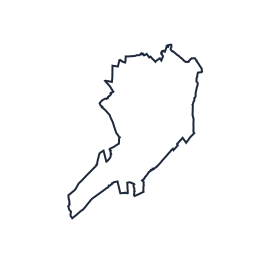 the district of Miroslava, Iasi, Romania, rotated 240°
{"feature_id": "2599482B99405455155139", "entity_name": "Miroslava", "entity_type": "district", "adm_level": 2, "iso_a3": "ROU", "parent_name": "Romania", "parent_adm1": "Iasi", "projection": "natural_earth1", "projection_center": [27.489, 47.15], "detail": "fine", "context": "isolated", "style": "outline", "palette": "slate", "viewbox_px": 256, "rotation_deg": 240, "n_neighbors": 0, "source": "geoboundaries", "source_scale": "gbopen_adm2", "svg_char_len": 5664}
<svg xmlns="http://www.w3.org/2000/svg" viewBox="0 0 256 256"><g transform="rotate(240 128 128)"><path d="M89.1,177.8L90.4,182.8L92.1,182.8L96.2,185.3L98.0,186.2L103.0,189.3L107.3,190.5L107.7,190.9L115.0,195.3L115.5,195.6L115.9,195.6L115.9,195.8L116.1,195.9L116.5,196.5L117.8,197.7L118.0,197.8L118.4,198.7L118.9,199.3L119.3,199.7L120.1,200.0L120.7,200.3L120.9,200.6L120.9,201.3L121.0,201.5L121.8,202.5L122.1,202.7L123.7,203.5L125.3,204.8L127.0,206.4L127.6,206.8L128.2,207.5L128.7,207.8L129.1,208.2L129.5,208.7L129.8,209.3L130.2,209.6L131.7,210.6L132.3,210.9L133.9,210.6L134.1,210.6L134.6,210.8L135.7,211.7L136.6,212.0L137.0,212.4L137.3,213.0L137.5,213.3L138.7,214.1L139.3,214.7L141.0,216.2L141.0,216.3L140.9,216.6L140.0,218.7L139.6,219.3L139.7,219.9L139.7,220.1L139.8,220.4L139.9,220.5L140.7,220.6L141.9,221.1L142.8,221.6L143.0,221.5L144.1,221.4L145.4,221.3L146.3,221.2L148.3,221.2L151.1,220.9L151.4,221.0L151.4,220.9L152.3,220.9L152.7,220.8L153.3,220.9L154.4,220.9L155.0,220.7L155.6,219.8L155.8,218.9L156.5,218.1L156.4,217.8L156.3,217.4L156.5,216.8L155.8,215.4L155.8,214.9L155.5,214.0L155.0,213.7L155.3,212.6L155.9,212.1L156.3,211.4L156.3,211.0L158.3,210.1L158.8,209.9L159.1,210.0L160.2,209.7L162.2,209.0L162.4,208.8L163.8,208.4L164.1,208.2L165.1,208.1L166.0,207.5L166.6,207.2L171.1,205.6L172.2,205.1L172.2,204.8L172.2,204.7L172.7,204.6L173.7,204.3L174.6,204.2L175.7,205.0L175.9,205.3L176.1,205.7L176.4,206.0L177.2,206.6L178.3,207.1L178.7,207.0L179.8,203.7L179.4,203.5L179.0,203.3L178.7,203.3L178.3,203.5L178.1,203.2L178.5,202.8L179.0,202.6L178.9,202.5L179.3,202.2L178.8,201.9L175.7,198.1L176.8,197.7L177.0,197.5L176.6,196.8L176.6,196.7L176.8,196.4L177.5,196.3L177.6,196.1L176.5,194.2L175.7,194.5L175.4,193.9L174.5,194.1L172.7,194.3L169.8,190.6L171.8,190.5L172.2,190.5L172.4,190.4L172.5,190.3L172.0,185.7L171.6,184.8L174.3,184.2L176.0,183.7L177.3,183.5L177.9,183.3L178.2,183.3L178.6,183.2L178.5,181.7L179.9,181.5L180.8,181.5L182.7,181.2L182.8,181.2L182.7,180.6L182.8,178.6L183.1,178.6L183.1,178.2L184.8,178.1L184.7,177.0L185.9,177.0L185.8,176.2L185.4,174.6L185.4,174.2L186.7,171.9L186.8,170.6L187.0,169.9L189.7,164.3L191.1,161.8L190.3,161.4L190.1,161.1L189.0,160.4L188.5,160.2L186.3,158.5L186.1,158.3L187.1,157.3L189.0,155.9L189.2,156.1L190.6,155.3L190.9,155.2L191.1,154.5L187.9,151.5L186.3,150.0L187.1,149.0L189.7,145.7L180.4,140.2L178.6,139.0L176.0,137.1L180.0,132.4L180.1,132.2L180.3,131.8L180.3,131.7L173.0,133.2L167.7,133.3L166.8,133.5L166.7,133.3L166.8,131.4L166.8,131.2L167.0,131.0L166.9,130.4L166.7,130.5L165.9,130.4L165.5,129.7L165.0,127.9L165.1,127.4L164.9,126.3L164.8,126.2L164.6,126.0L164.4,125.8L164.1,125.8L164.0,125.5L163.9,124.4L164.1,124.4L164.2,124.1L164.3,123.9L164.5,123.8L164.5,123.5L164.8,122.8L164.9,120.6L164.8,119.3L164.5,118.1L164.0,116.8L163.8,116.4L163.6,115.8L162.0,115.6L161.2,115.6L159.3,116.4L159.0,115.7L156.9,116.6L156.4,116.7L155.2,117.2L154.2,117.4L150.8,118.1L149.3,118.5L148.5,118.6L145.6,118.1L140.3,117.7L137.6,117.0L131.7,115.8L130.7,115.5L128.8,115.4L127.5,115.7L127.0,115.6L126.5,115.8L124.6,115.7L124.3,115.8L124.0,116.1L123.8,115.6L123.1,114.9L119.0,112.3L119.0,111.0L118.9,107.9L118.7,106.8L118.8,105.7L118.9,103.9L119.0,102.1L118.9,101.4L117.7,101.4L117.3,101.5L117.1,101.6L117.1,101.4L116.9,101.3L116.9,101.1L114.0,100.4L114.2,100.0L112.9,99.3L111.9,98.6L111.7,98.3L110.5,96.1L109.8,93.5L109.8,92.9L109.6,92.7L109.7,92.4L120.6,95.5L120.5,92.1L120.2,90.6L120.1,90.4L115.2,85.7L113.7,84.3L112.3,83.3L112.2,82.7L111.9,82.8L111.7,82.4L111.2,81.5L107.8,69.0L105.5,61.3L104.7,57.9L104.4,57.2L103.9,56.3L101.8,52.8L101.5,52.3L100.9,51.0L99.8,44.6L99.6,42.8L98.5,42.2L95.7,41.0L95.0,41.0L92.6,40.0L92.2,39.8L91.9,39.2L91.1,39.2L90.5,38.5L90.4,38.3L90.4,37.8L90.1,37.0L89.6,37.0L86.7,36.3L86.1,36.3L84.1,36.8L84.0,36.7L83.5,36.4L82.4,35.4L81.6,34.9L80.7,34.4L80.1,34.4L77.7,34.6L78.5,39.7L79.5,44.6L79.7,45.8L79.7,46.3L79.8,46.8L79.7,47.8L81.0,51.7L82.4,55.1L82.9,56.5L84.1,59.5L84.7,61.4L84.9,63.0L85.5,69.3L86.2,76.1L86.3,77.1L86.6,78.8L86.6,81.4L86.7,81.6L87.0,81.8L87.8,82.5L87.2,83.3L87.2,84.0L87.4,84.5L87.5,84.7L87.4,85.1L87.6,86.5L88.1,86.6L88.0,88.1L88.1,89.0L87.2,91.2L86.9,92.2L75.3,88.7L73.9,91.9L73.6,92.0L73.4,92.2L73.3,92.5L73.5,92.7L73.5,92.9L73.4,93.3L72.9,93.7L72.4,94.3L71.6,95.0L71.7,95.3L71.9,95.4L73.7,96.3L74.8,96.9L76.0,97.4L77.0,98.0L81.0,100.0L80.3,102.1L79.7,102.8L78.8,103.7L78.5,103.6L78.3,103.8L77.6,104.4L77.1,104.6L76.7,104.9L76.5,105.3L76.2,105.3L76.2,105.0L76.0,104.9L75.5,104.1L75.2,103.9L74.6,103.6L73.1,103.2L72.6,103.3L71.9,103.0L70.4,101.9L70.1,101.9L69.8,102.0L69.7,101.6L68.2,100.7L67.8,100.2L67.5,99.9L66.5,99.7L65.8,99.7L65.3,104.3L65.1,108.0L64.9,109.5L66.7,110.3L67.5,110.9L69.0,111.7L69.8,112.3L69.9,112.6L70.1,112.8L72.5,113.9L72.9,114.1L73.2,114.5L73.4,114.6L73.7,114.6L74.3,114.5L74.8,114.3L75.6,113.9L75.7,114.1L75.7,114.3L75.7,114.5L75.7,115.0L75.5,115.3L75.6,115.6L75.6,115.8L75.8,116.0L76.0,116.4L76.0,116.7L76.3,117.0L76.3,117.3L76.6,117.5L76.6,117.8L77.1,118.4L77.2,118.7L77.3,119.4L77.4,119.9L77.6,120.0L78.2,121.6L79.0,123.3L79.2,123.6L79.4,123.7L79.5,124.3L79.4,124.5L79.5,125.9L79.9,126.1L80.0,126.3L80.2,126.6L79.9,126.8L79.7,127.3L79.7,127.5L80.0,127.7L80.0,128.0L79.8,128.0L79.7,127.9L79.7,128.3L79.6,128.5L79.6,128.8L79.7,129.1L79.6,129.5L79.5,129.8L79.8,130.3L80.0,130.2L79.8,130.7L79.9,132.1L80.2,133.1L80.4,134.0L80.2,134.2L80.3,134.3L80.5,134.9L81.6,138.6L82.9,141.9L83.6,144.2L83.9,144.9L84.0,145.5L84.3,146.2L84.3,146.5L85.6,150.0L86.6,153.2L87.1,154.2L87.6,156.5L86.1,156.4L88.1,162.5L89.6,162.4L90.0,163.7L91.1,167.0L91.4,168.2L92.2,170.4L86.1,171.0L86.9,172.5L87.2,173.6L88.4,176.0L89.1,177.8Z" fill="none" stroke="#1e293b" stroke-width="2"/></g></svg>